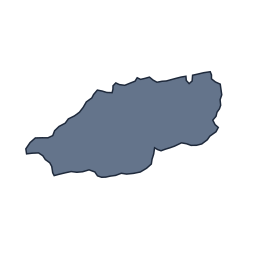 the district of Consolação, Minas Gerais, Brazil, rotated 243°
{"feature_id": "56859067B37283481233157", "entity_name": "Consolação", "entity_type": "district", "adm_level": 2, "iso_a3": "BRA", "parent_name": "Brazil", "parent_adm1": "Minas Gerais", "projection": "equal_earth", "projection_center": [-45.914, -22.533], "detail": "fine", "context": "isolated", "style": "filled", "palette": "slate", "viewbox_px": 256, "rotation_deg": 243, "n_neighbors": 0, "source": "geoboundaries", "source_scale": "gbopen_adm2", "svg_char_len": 1364}
<svg xmlns="http://www.w3.org/2000/svg" viewBox="0 0 256 256"><g transform="rotate(243 128 128)"><path d="M119.1,40.6L118.1,45.4L116.5,52.0L115.0,57.6L111.8,62.3L109.6,67.8L108.4,74.3L103.9,78.5L99.2,79.1L96.1,82.1L94.3,86.0L93.2,90.3L91.4,95.4L90.7,101.5L87.6,105.8L85.1,112.2L83.2,119.0L83.7,126.3L85.3,132.4L89.2,135.2L93.2,139.1L98.3,142.7L95.3,144.6L92.7,147.1L92.2,151.4L91.3,156.6L90.7,161.2L90.5,168.9L87.4,173.0L83.9,176.3L81.5,181.2L80.3,186.5L81.5,193.3L83.6,197.2L84.7,204.7L87.5,208.7L91.5,207.1L96.5,207.1L98.5,211.8L101.6,214.4L103.6,218.2L106.2,220.9L111.4,222.9L115.0,226.6L120.6,228.5L125.2,230.1L129.3,226.8L133.9,224.7L137.4,226.5L140.8,226.8L142.9,220.6L144.5,214.1L145.7,209.5L140.8,206.5L139.8,202.6L143.9,201.5L147.8,203.1L149.3,198.4L150.5,193.1L151.4,188.8L152.5,183.5L154.2,179.5L155.6,174.6L159.3,172.1L163.6,170.2L164.6,165.3L165.6,161.3L168.6,159.0L166.5,155.5L167.0,150.5L167.5,144.5L170.6,140.0L173.7,137.6L172.4,133.8L169.4,132.2L166.7,129.9L169.3,125.2L172.6,121.8L175.7,117.9L173.5,112.6L171.2,109.4L170.2,102.8L166.7,97.4L164.1,91.9L163.1,85.7L163.2,79.0L160.8,74.2L160.7,67.3L158.9,61.4L155.4,57.5L155.6,52.2L158.3,47.0L161.2,40.9L159.5,34.2L155.8,27.5L151.0,25.9L149.1,31.1L146.4,37.0L142.0,39.5L137.4,40.0L132.5,42.5L128.4,42.6L125.3,41.6L122.3,40.6L119.1,40.6Z" fill="#64748b" stroke="#1e293b" stroke-width="1.5"/></g></svg>